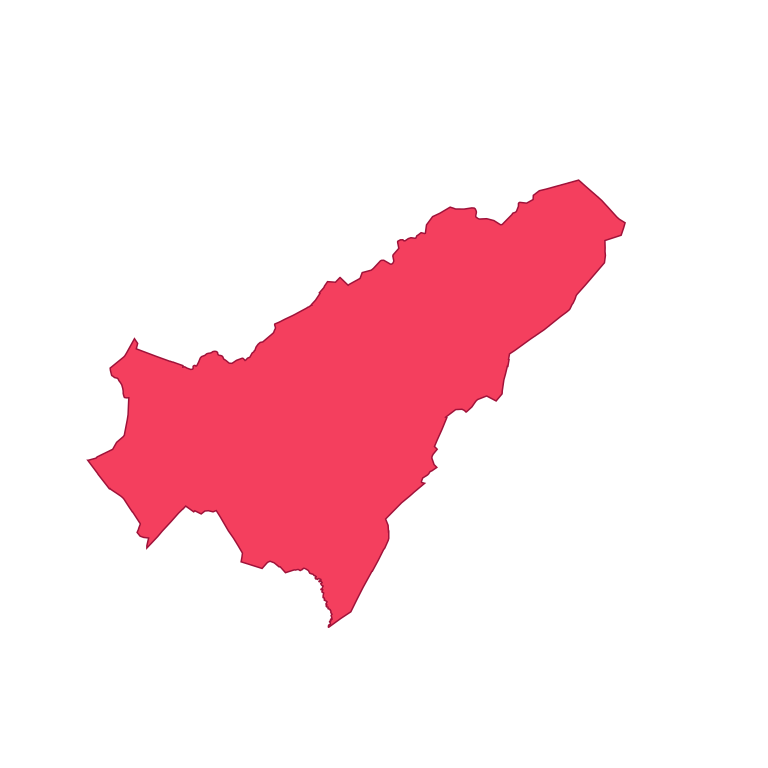 outline of Stelpes pag., Vecumnieku, Latvia, rotated 327°
{"feature_id": "27541924B70634924766209", "entity_name": "Stelpes pag.", "entity_type": "district", "adm_level": 2, "iso_a3": "LVA", "parent_name": "Latvia", "parent_adm1": "Vecumnieku", "projection": "orthographic", "projection_center": [24.499, 56.522], "detail": "fine", "context": "isolated", "style": "filled", "palette": "rose", "viewbox_px": 768, "rotation_deg": 327, "n_neighbors": 0, "source": "geoboundaries", "source_scale": "gbopen_adm2", "svg_char_len": 6120}
<svg xmlns="http://www.w3.org/2000/svg" viewBox="0 0 768 768"><g transform="rotate(327 384 384)"><path d="M663.9,388.4L670.0,383.6L674.0,380.1L671.1,374.0L670.2,370.7L668.1,357.6L667.5,354.2L666.6,348.8L665.6,345.0L660.8,328.2L658.3,319.0L626.0,308.8L619.5,306.5L612.0,307.1L609.5,310.5L602.1,310.0L596.8,305.6L595.9,305.5L595.1,305.8L593.5,308.2L589.3,311.2L588.4,311.5L587.4,311.5L585.3,310.9L584.7,311.0L583.6,311.6L572.2,314.1L570.1,314.6L569.4,314.4L568.4,313.8L565.2,306.8L561.1,302.3L560.0,301.2L553.8,297.6L553.5,297.2L552.9,296.3L552.1,294.1L552.1,293.6L552.6,292.8L554.4,291.0L555.1,290.2L555.5,289.3L555.9,286.9L555.5,285.6L553.5,284.1L546.6,281.0L539.4,276.3L538.0,274.4L535.8,271.7L523.8,271.2L515.9,270.1L506.3,273.7L500.8,280.1L500.0,279.9L497.5,277.3L494.2,277.6L492.2,277.6L490.3,278.9L489.4,278.7L486.3,276.0L483.6,275.3L479.8,275.4L478.8,274.9L478.5,274.2L478.4,273.3L476.2,272.0L473.2,271.8L472.6,272.6L470.3,278.3L462.1,280.6L461.1,281.5L459.3,286.0L459.0,286.4L457.8,287.2L457.1,287.5L455.9,287.6L455.1,287.4L454.6,286.8L451.2,280.1L449.2,278.9L448.0,278.8L438.0,281.3L435.3,281.6L426.4,278.7L421.4,282.4L409.0,281.5L407.7,281.7L405.2,270.8L405.0,270.7L398.7,272.2L392.4,267.4L387.1,269.6L386.4,270.3L379.4,272.3L379.6,273.2L372.2,276.4L366.4,277.9L366.3,278.5L365.9,278.2L364.7,278.4L363.5,278.3L362.9,278.5L361.8,278.1L360.5,278.2L345.0,276.9L336.3,275.7L329.6,275.0L325.1,274.2L324.5,274.8L323.8,277.2L323.5,277.9L322.8,278.5L321.4,279.3L319.5,280.7L318.4,281.0L305.2,282.7L302.8,281.7L300.0,282.1L296.9,283.3L294.0,285.5L293.2,285.5L292.4,286.1L290.3,286.2L286.2,288.4L285.7,288.4L283.6,288.0L281.4,288.6L280.3,288.6L280.2,287.6L279.8,286.0L279.6,285.5L278.9,285.1L273.2,283.8L267.8,283.9L265.8,282.5L265.4,281.9L264.4,278.6L263.8,277.1L263.2,276.0L263.3,275.0L263.6,273.3L263.3,272.1L262.5,271.1L261.3,270.1L260.8,268.9L261.0,268.2L261.5,267.2L261.5,266.4L261.1,265.5L260.7,265.0L259.4,264.1L258.0,263.6L256.4,263.7L255.1,263.4L253.2,262.5L251.7,262.1L249.3,262.4L246.0,261.7L244.9,261.9L244.0,262.2L240.4,264.7L237.3,266.5L236.7,266.7L236.0,266.5L235.8,265.8L235.3,265.3L234.9,265.1L234.1,265.1L233.6,265.2L232.3,267.0L232.0,267.2L231.2,267.2L229.8,266.5L227.3,263.2L226.5,261.5L225.9,260.8L224.5,260.2L225.4,259.1L220.1,252.2L219.0,250.7L218.6,250.5L217.1,248.5L216.9,248.5L208.2,237.0L195.4,219.6L199.5,215.8L199.4,210.1L185.1,217.7L182.0,219.2L180.5,219.6L163.0,221.5L161.9,223.7L160.4,228.1L160.3,228.7L160.8,229.6L161.5,231.8L163.5,233.9L163.7,234.4L163.7,235.3L163.5,236.9L163.7,239.3L163.6,241.9L162.5,245.4L161.4,247.9L160.1,249.9L159.4,251.9L159.0,253.5L159.0,253.9L159.2,254.2L160.8,255.6L162.5,256.5L152.6,270.4L149.0,274.4L138.4,285.4L138.4,285.5L136.8,286.1L128.0,287.3L120.9,291.0L103.8,288.9L102.0,289.3L94.5,286.9L94.0,286.6L95.1,303.2L95.0,303.9L96.6,322.4L97.3,322.5L97.3,322.8L97.5,323.6L102.2,334.6L102.9,336.9L103.2,338.7L103.2,348.9L103.3,354.3L103.5,354.4L103.5,368.4L103.4,368.7L99.6,371.5L98.9,372.2L96.1,374.0L96.6,378.8L98.9,381.8L102.2,384.5L102.7,385.0L97.2,390.3L95.8,392.4L111.1,388.7L117.9,386.6L129.8,383.6L141.4,380.4L146.9,379.3L147.1,379.4L151.2,378.4L154.8,387.6L156.3,387.3L159.9,393.4L164.6,393.0L167.7,394.6L171.0,398.1L174.4,398.8L174.3,406.2L173.5,422.4L173.8,431.1L173.6,439.9L173.2,448.7L170.6,451.8L167.3,455.3L181.3,472.3L188.5,470.3L189.8,470.2L191.9,470.6L194.5,474.1L196.4,480.2L197.4,480.8L198.6,488.6L207.5,491.0L208.4,491.8L210.4,492.5L211.3,493.1L211.8,494.3L212.1,494.8L212.5,494.9L213.7,494.9L214.2,495.1L214.6,494.8L215.0,495.0L215.3,494.8L216.0,494.7L216.9,495.3L217.7,496.5L218.1,497.5L218.4,497.8L219.0,499.4L218.7,502.2L219.6,503.6L219.8,503.6L220.8,504.9L221.0,505.6L221.0,506.5L221.2,506.8L221.6,507.0L222.0,508.2L222.3,508.6L222.0,508.9L221.1,508.8L220.6,509.3L220.6,510.1L220.6,510.3L221.2,510.6L221.7,511.6L221.9,511.7L222.2,511.5L223.1,511.5L223.5,511.7L223.7,512.4L224.4,513.1L224.6,513.5L224.5,513.8L224.2,514.3L222.4,513.9L222.0,514.0L221.9,514.3L222.0,514.6L223.4,515.0L223.8,515.6L223.8,515.9L224.0,516.7L223.9,516.9L223.1,517.1L222.4,516.9L222.2,517.0L222.1,518.5L222.3,519.2L222.4,519.5L222.8,519.8L222.9,520.2L222.8,520.4L222.2,520.6L221.0,521.7L220.0,521.9L219.3,521.8L219.2,522.2L219.9,522.8L220.4,522.9L220.6,523.1L220.5,523.3L219.0,524.2L218.7,524.7L219.0,525.4L219.4,525.7L219.6,526.3L219.5,526.5L218.7,527.3L218.3,527.8L218.0,528.0L217.3,528.8L217.2,529.2L216.7,529.7L216.6,530.0L216.7,530.3L217.3,530.9L217.3,531.1L217.0,531.7L217.0,532.2L216.9,532.3L216.4,532.4L216.2,532.7L216.3,533.0L216.5,533.2L217.4,534.8L217.6,535.7L215.4,536.9L215.4,537.0L215.8,537.5L215.8,538.2L215.4,538.4L214.8,538.4L214.5,538.9L214.6,539.8L215.5,540.6L215.2,541.5L214.7,541.9L215.1,542.6L215.6,543.0L216.0,544.1L215.6,544.7L215.8,545.4L215.3,546.3L215.0,546.6L214.9,547.4L215.0,548.5L214.9,548.9L213.8,549.2L213.5,549.4L213.3,550.2L213.2,550.9L212.7,552.0L212.4,552.9L212.2,553.0L211.6,552.9L211.5,552.3L210.5,552.8L210.6,553.2L210.6,553.5L210.4,553.7L210.1,553.8L209.7,553.6L209.1,553.6L208.8,553.8L209.0,554.8L208.8,555.0L208.6,555.8L208.2,556.1L207.7,556.3L206.8,556.0L205.9,556.4L205.2,557.2L205.0,557.7L205.2,557.9L220.3,557.1L232.1,557.0L243.7,550.1L255.8,543.1L271.9,534.5L272.2,534.7L283.2,528.7L293.4,522.7L295.2,522.1L302.3,517.5L304.0,516.0L304.8,514.7L307.6,510.4L307.3,510.4L310.5,504.7L311.8,498.1L334.0,493.2L345.3,491.9L350.3,491.1L364.0,489.4L362.0,487.2L362.0,486.6L362.7,485.8L365.3,483.9L371.0,484.0L372.7,483.6L374.8,482.6L377.1,482.9L382.9,482.7L382.1,478.9L383.8,472.1L385.0,470.8L386.9,469.7L393.1,467.7L392.3,463.9L398.2,459.9L407.7,453.8L418.4,446.4L417.7,445.4L430.2,444.5L435.7,447.7L437.0,449.9L437.5,452.2L437.9,452.3L445.2,451.1L451.5,448.5L454.0,448.0L463.3,449.9L463.7,450.2L468.8,459.3L477.6,456.6L478.9,455.0L479.0,454.7L486.8,445.8L491.2,441.9L497.1,436.3L497.5,436.7L502.2,431.6L501.8,431.2L505.7,427.1L511.8,427.1L531.2,426.1L548.1,425.7L568.7,423.6L576.7,423.1L579.7,422.7L580.9,422.3L585.1,419.7L586.6,419.2L590.6,416.7L593.2,414.6L594.5,414.0L607.0,410.6L634.9,402.4L639.7,396.8L641.5,393.3L643.7,390.1L647.4,384.0L663.9,388.4Z" fill="#f43f5e" stroke="#9f1239" stroke-width="1.5"/></g></svg>